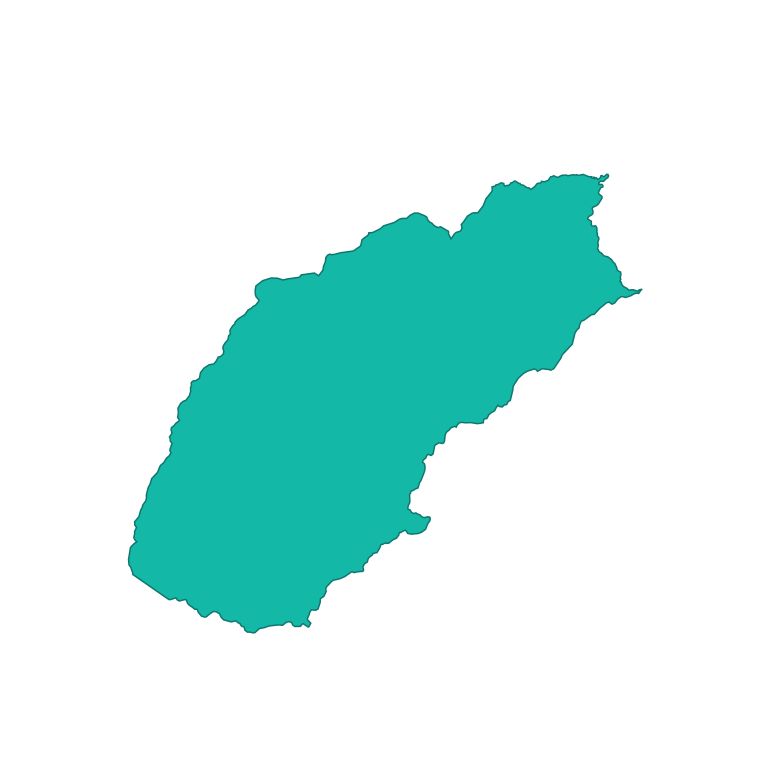 Nangaritza, Zamora Chinchipe, Ecuador (Natural Earth projection), rotated 34°
{"feature_id": "8360857B36504899110850", "entity_name": "Nangaritza", "entity_type": "district", "adm_level": 2, "iso_a3": "ECU", "parent_name": "Ecuador", "parent_adm1": "Zamora Chinchipe", "projection": "natural_earth1", "projection_center": [-78.749, -4.316], "detail": "fine", "context": "isolated", "style": "filled", "palette": "teal", "viewbox_px": 768, "rotation_deg": 34, "n_neighbors": 0, "source": "geoboundaries", "source_scale": "gbopen_adm2", "svg_char_len": 6141}
<svg xmlns="http://www.w3.org/2000/svg" viewBox="0 0 768 768"><g transform="rotate(34 384 384)"><path d="M365.5,156.3L365.5,157.8L363.3,160.1L365.8,163.4L365.0,173.4L366.6,180.9L366.0,189.8L362.9,191.7L361.4,193.3L359.3,198.3L359.3,204.7L358.9,208.6L361.4,211.0L361.9,212.6L361.7,214.8L359.2,217.8L358.5,219.7L358.4,226.2L353.8,223.6L352.1,221.4L342.9,222.0L341.6,223.9L339.0,224.6L336.0,224.5L333.9,223.9L331.2,224.2L328.4,223.4L326.0,221.7L323.5,221.8L316.8,223.2L313.7,225.2L311.3,229.5L310.1,234.2L306.9,236.2L304.7,238.6L302.3,244.2L295.3,253.0L294.2,257.2L290.1,264.5L286.8,267.3L287.5,268.6L287.5,269.6L285.1,276.6L287.4,282.5L284.2,290.9L274.7,299.4L270.2,304.5L268.1,306.1L266.3,306.8L265.2,308.8L265.1,311.7L267.1,315.6L268.1,320.5L269.7,323.7L269.3,330.8L264.3,330.9L254.8,339.4L254.3,340.2L254.3,342.1L253.8,343.2L245.5,350.6L242.2,354.2L236.5,355.9L231.2,359.2L225.7,366.1L223.0,374.3L224.7,378.2L227.2,381.7L229.2,383.2L233.4,384.4L233.9,385.0L233.5,390.4L232.1,393.0L231.6,395.6L230.0,398.4L229.8,404.5L226.7,411.5L226.1,415.3L226.1,416.4L226.7,417.6L226.0,420.3L226.1,424.8L226.6,426.3L228.6,428.3L228.3,431.1L229.8,434.3L229.3,439.1L229.5,442.7L230.3,444.3L232.9,446.5L234.0,448.9L233.3,452.3L231.5,454.4L232.1,458.9L231.6,462.6L228.3,465.8L225.9,471.5L225.5,477.1L227.8,482.4L226.1,486.5L224.2,488.0L223.5,489.9L223.6,491.1L225.2,492.9L225.7,495.3L227.9,498.3L229.2,502.6L228.9,508.1L227.1,510.9L226.3,513.6L226.7,519.3L229.8,523.1L231.6,527.1L234.5,528.2L234.6,530.0L233.5,532.3L233.2,535.9L232.2,538.9L233.0,541.0L235.8,543.3L235.8,548.0L237.1,548.7L238.9,551.0L241.4,551.7L243.3,558.3L244.1,559.3L245.9,560.1L246.1,563.6L245.1,567.1L245.4,572.3L244.4,575.7L244.3,577.6L245.7,583.9L244.3,592.4L245.9,597.2L246.5,602.0L249.1,609.0L250.7,611.1L251.8,613.9L251.7,619.6L252.5,621.1L252.8,624.6L255.0,631.0L254.3,637.7L256.3,640.3L259.1,641.4L259.7,645.7L261.1,647.8L262.5,651.3L264.5,652.5L267.3,653.1L266.1,656.0L265.2,661.2L270.3,672.3L273.8,676.6L276.4,677.5L281.7,681.4L282.2,682.4L326.1,683.0L327.4,682.3L330.8,678.0L331.4,677.7L333.3,678.6L335.6,678.4L339.5,674.0L340.9,673.6L343.7,675.6L346.2,676.3L349.5,676.2L353.2,676.6L354.2,675.6L355.4,675.4L357.6,677.1L362.4,678.5L365.3,677.7L366.8,676.6L368.2,671.6L369.8,668.1L372.2,666.6L376.4,666.5L379.1,668.3L382.9,669.2L390.3,666.7L393.7,663.2L396.4,663.6L398.5,663.1L399.9,664.0L401.9,664.4L403.8,663.6L406.5,665.9L409.8,666.0L410.9,665.0L414.6,663.5L416.0,662.4L417.5,656.3L420.7,653.3L424.0,648.9L431.0,642.9L434.9,640.7L436.3,636.0L438.2,634.1L440.6,633.4L443.3,634.9L445.7,634.9L450.2,631.7L450.6,628.4L451.2,627.9L457.0,627.9L457.5,627.1L457.0,623.2L452.3,622.2L451.7,621.4L450.8,616.7L449.9,614.1L450.2,611.8L454.0,609.6L455.1,607.4L453.2,600.7L451.5,598.0L451.6,596.7L452.9,593.9L452.1,588.4L450.5,586.8L449.7,584.9L450.9,577.3L451.6,575.2L456.3,570.1L459.2,565.5L462.2,557.8L464.7,557.0L467.6,554.0L471.2,551.2L471.2,549.8L468.7,547.3L468.4,543.9L469.7,540.9L468.6,537.8L468.6,536.0L469.8,532.8L469.8,530.4L472.5,527.6L472.2,523.0L471.3,518.8L472.7,517.4L473.9,515.1L475.1,514.8L476.9,513.4L478.7,507.7L480.5,505.1L480.7,500.8L480.1,499.8L480.0,498.5L480.7,498.1L483.1,493.5L484.6,493.4L487.2,494.6L490.6,493.2L496.0,488.8L498.1,485.7L499.7,481.3L498.3,474.8L498.6,472.6L498.1,470.6L497.1,469.1L496.1,468.9L494.6,469.5L492.1,472.3L490.0,472.9L486.7,472.4L484.4,473.1L482.6,473.0L480.7,475.0L478.2,474.9L476.2,473.8L474.1,474.2L473.0,473.6L471.8,470.1L471.9,469.0L471.3,467.2L467.0,461.3L467.0,459.7L466.3,457.6L467.6,456.1L468.6,453.6L470.3,451.2L468.7,446.2L468.6,443.3L467.1,436.4L466.2,433.1L464.8,430.3L462.3,427.6L459.7,427.2L459.0,425.6L460.0,421.8L459.5,419.6L459.7,418.1L460.8,417.3L462.6,417.1L463.2,416.6L463.8,414.5L460.9,407.7L460.5,406.5L460.8,405.4L462.6,401.9L465.8,400.6L466.4,399.4L465.9,397.1L463.3,392.2L462.7,389.2L463.7,386.0L464.1,382.6L466.4,379.5L468.0,379.4L467.6,377.3L468.1,374.2L469.9,372.3L472.8,370.9L477.7,367.4L483.7,364.6L488.0,360.6L486.7,358.1L486.7,356.9L488.6,355.1L488.1,350.9L488.9,347.9L490.7,344.4L490.2,340.7L490.4,337.9L492.1,338.2L494.9,336.9L495.4,334.2L497.2,332.4L496.8,329.0L497.9,327.0L494.0,316.6L492.7,314.6L492.2,311.8L492.1,304.0L493.7,297.3L495.9,292.9L500.0,287.7L501.8,287.0L503.5,287.2L504.1,287.7L506.6,282.9L513.0,279.6L514.5,279.3L516.2,276.4L516.2,264.0L515.4,260.2L517.8,245.7L513.8,234.9L513.7,231.6L514.4,228.2L513.1,225.7L512.4,221.6L514.0,219.5L517.2,210.6L519.3,208.7L520.6,200.4L523.2,192.0L524.8,190.3L528.5,190.3L530.0,187.6L530.3,182.8L531.6,179.3L532.0,178.7L534.3,177.6L535.8,177.3L539.4,172.6L541.0,169.1L543.1,167.0L544.5,166.6L544.5,162.8L545.0,161.0L542.9,163.3L542.7,164.5L541.4,165.7L538.9,166.1L536.7,167.2L534.7,169.4L532.3,168.9L527.7,169.3L525.2,168.3L523.6,166.9L522.2,167.0L521.7,164.6L520.4,163.8L519.3,160.9L517.6,158.9L515.3,159.3L513.2,158.9L512.3,157.7L507.8,154.9L506.5,155.0L503.2,153.7L498.5,153.4L494.7,154.8L491.1,153.9L487.8,154.0L486.7,152.8L485.4,152.5L484.2,149.3L482.0,146.9L481.1,143.7L479.8,142.3L478.7,142.2L477.4,141.1L477.0,140.1L475.2,138.7L474.7,137.4L473.5,136.5L473.4,135.7L471.0,134.5L469.2,136.2L467.4,136.7L464.8,133.1L460.8,133.4L460.2,132.7L460.1,130.6L461.7,127.4L461.8,125.8L460.8,124.1L458.4,122.1L458.2,120.9L460.4,117.3L461.1,115.1L460.8,108.1L459.8,106.6L455.8,106.3L454.6,105.1L453.9,100.1L455.2,98.3L454.6,97.1L453.1,96.6L450.6,98.4L449.5,97.0L450.1,94.9L452.7,93.2L453.4,89.4L454.2,87.9L453.8,85.9L452.4,85.0L451.4,85.6L450.6,88.7L449.9,89.5L448.2,89.2L447.4,90.1L448.0,92.0L447.0,95.0L444.8,94.3L444.0,94.7L443.8,95.6L443.2,95.0L442.4,95.2L442.7,96.2L441.5,97.0L440.7,96.8L440.4,96.0L438.2,97.5L431.9,98.9L428.5,102.4L427.0,102.6L425.7,103.9L424.1,104.5L419.9,108.5L418.2,108.9L414.9,111.4L412.3,115.8L408.3,116.4L407.5,117.9L406.3,119.0L406.3,123.4L403.8,126.8L401.2,127.9L401.7,128.7L401.5,129.7L398.9,132.1L398.6,135.9L397.2,140.2L396.4,140.7L395.0,140.2L392.5,141.3L388.3,141.3L386.1,142.3L384.6,141.7L383.5,142.3L379.6,142.3L378.6,142.9L378.0,144.9L376.6,146.6L376.9,147.8L375.9,150.2L375.0,150.5L373.6,152.3L372.6,152.3L371.2,150.8L368.6,151.7L366.7,155.3L365.5,156.3Z" fill="#14b8a6" stroke="#0f766e" stroke-width="1.5"/></g></svg>